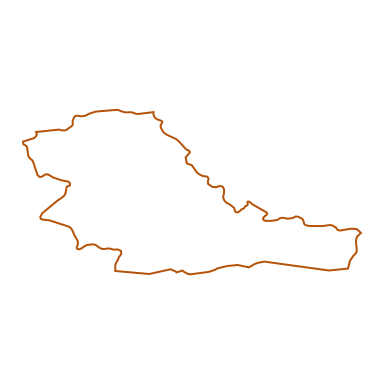 the border of Taurages
{"feature_id": "LTU-1073", "entity_name": "Taurages", "entity_type": "County", "adm_level": 1, "iso_a3": "LTU", "parent_name": "Lithuania", "parent_adm1": "", "projection": "natural_earth1", "projection_center": [22.565, 55.372], "detail": "fine", "context": "isolated", "style": "outline", "palette": "amber", "viewbox_px": 384, "rotation_deg": 0, "n_neighbors": 0, "source": "natural_earth", "source_scale": "10m", "svg_char_len": 2853}
<svg xmlns="http://www.w3.org/2000/svg" viewBox="0 0 384 384"><path d="M176.6,272.4L175.5,271.4L170.5,269.3L149.2,274.0L115.3,271.0L115.3,270.9L115.3,265.2L115.7,263.6L118.0,259.7L118.8,257.2L120.4,255.2L121.2,253.9L121.0,250.9L117.4,249.4L115.7,249.6L113.8,249.6L112.2,249.3L110.5,248.7L108.7,248.4L104.4,249.0L102.2,248.9L100.0,248.1L96.3,245.4L94.3,244.5L92.2,244.4L87.0,245.0L85.5,245.6L81.8,248.2L79.4,249.3L77.5,249.1L76.7,247.8L77.9,243.6L78.0,242.3L77.6,240.7L74.6,235.6L72.0,229.7L70.8,228.1L69.0,226.7L49.6,220.4L43.2,219.7L40.8,218.8L40.3,216.7L42.3,213.2L57.6,200.5L61.0,198.3L63.8,196.1L65.3,193.9L66.8,186.7L70.0,185.3L69.9,183.1L69.3,182.4L68.1,181.6L61.5,180.3L53.3,177.5L49.1,175.0L47.1,174.3L45.3,174.5L41.7,176.8L39.6,176.9L37.5,175.1L33.3,162.4L32.4,160.4L29.5,157.9L28.3,156.0L27.1,147.4L26.4,146.0L23.4,144.2L23.0,141.6L33.6,138.3L35.1,137.3L36.3,135.6L36.9,134.3L36.0,132.0L59.0,129.6L61.7,130.3L64.4,130.5L66.5,129.9L71.5,126.2L72.6,125.1L72.8,123.9L72.6,122.3L72.7,120.8L73.4,118.9L74.1,117.5L74.9,116.3L75.8,115.9L77.4,115.6L80.0,116.2L82.6,116.2L85.2,115.8L88.7,113.9L95.7,111.6L112.4,110.2L117.5,109.8L123.5,112.0L126.0,112.4L131.0,112.2L133.2,112.7L135.6,113.7L138.0,114.0L153.5,112.1L153.5,114.4L153.8,115.7L154.8,117.5L157.1,119.3L161.4,120.8L162.3,121.8L161.7,123.5L160.8,124.9L160.6,126.4L161.0,128.0L162.7,130.9L164.1,132.9L166.9,134.8L176.2,139.1L178.4,140.9L186.1,149.3L188.2,150.3L189.6,151.3L189.9,152.5L185.7,157.3L186.8,163.4L191.8,165.2L196.3,171.7L198.6,173.9L202.7,176.0L207.0,176.6L208.0,177.5L208.6,179.1L207.8,181.4L208.2,184.0L212.5,186.9L213.7,187.1L216.2,187.1L219.5,186.1L221.2,186.1L222.5,186.7L223.8,188.7L224.1,190.7L224.0,192.9L223.2,196.7L223.4,198.5L224.4,200.6L226.3,202.5L230.3,204.8L234.1,207.9L234.6,209.4L234.9,210.9L235.8,212.1L237.0,212.5L239.1,211.6L240.2,210.7L241.1,209.8L241.7,209.3L242.9,208.8L244.0,208.3L244.5,207.5L245.0,206.6L245.6,206.1L246.6,205.7L247.3,205.3L247.7,204.5L247.7,203.6L247.5,202.7L247.5,202.0L247.9,201.6L248.8,201.6L250.1,202.3L252.6,204.4L266.5,212.4L267.2,213.3L266.9,214.5L264.2,216.7L263.0,218.3L263.4,219.9L265.6,220.9L270.8,220.9L276.7,220.1L277.8,219.6L279.4,218.5L280.3,218.1L282.1,217.8L284.2,217.9L287.0,218.7L290.7,218.4L292.9,217.9L294.3,217.2L295.4,216.5L296.9,216.5L298.9,217.0L302.4,219.0L303.4,220.8L304.2,223.9L305.5,225.1L309.2,226.0L322.1,226.1L330.2,225.0L332.5,225.5L335.9,227.5L336.9,229.2L338.4,230.3L340.2,230.5L351.8,228.6L356.9,229.2L361.0,232.9L357.3,236.4L356.4,238.4L356.0,241.0L356.3,245.8L356.7,248.6L356.7,251.1L356.0,253.1L353.4,255.8L350.1,260.5L347.9,268.6L329.0,270.5L264.3,261.6L258.0,262.8L254.2,264.2L251.6,265.9L248.7,267.3L237.7,265.0L227.3,266.0L217.1,268.5L214.9,269.9L208.7,271.9L191.5,274.2L188.9,274.2L187.7,273.8L183.9,271.8L182.4,270.5L176.7,272.4L176.6,272.4Z" fill="none" stroke="#b45309" stroke-width="2"/></svg>